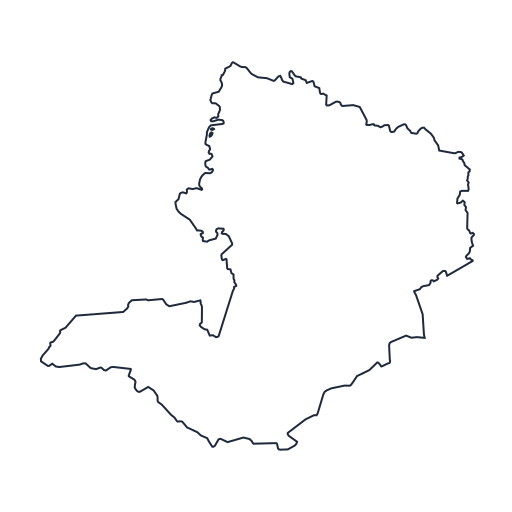 outline of Tyumen', rotated 178°
{"feature_id": "RUS-2398", "entity_name": "Tyumen'", "entity_type": "Region", "adm_level": 1, "iso_a3": "RUS", "parent_name": "Russia", "parent_adm1": "", "projection": "orthographic", "projection_center": [69.281, 57.561], "detail": "fine", "context": "isolated", "style": "outline", "palette": "slate", "viewbox_px": 512, "rotation_deg": 178, "n_neighbors": 0, "source": "natural_earth", "source_scale": "10m", "svg_char_len": 6027}
<svg xmlns="http://www.w3.org/2000/svg" viewBox="0 0 512 512"><g transform="rotate(178 256 256)"><path d="M225.5,435.2L224.6,433.4L223.8,431.0L222.7,429.4L213.8,426.5L212.6,427.6L213.3,431.5L214.0,432.3L216.0,433.5L216.3,436.5L216.2,437.9L215.7,438.9L214.6,439.6L213.5,439.1L211.0,435.1L210.0,434.2L205.0,433.0L204.5,431.7L200.3,430.0L199.2,427.2L193.7,428.9L192.8,428.5L192.4,427.7L191.5,423.6L186.9,421.6L186.4,417.3L185.9,416.0L185.2,415.6L183.2,415.9L179.8,413.9L180.6,404.8L180.0,404.0L177.5,404.0L170.7,407.4L169.3,407.5L167.1,406.8L166.3,406.0L165.9,404.4L165.0,403.2L164.1,402.9L153.6,403.4L147.1,401.3L140.8,388.2L140.6,386.7L141.2,383.5L140.9,383.2L138.5,382.9L134.2,383.7L133.5,383.4L133.3,382.6L132.8,382.3L129.7,381.9L127.1,380.3L125.0,381.0L123.2,382.2L119.6,382.3L118.7,381.8L117.4,375.9L116.1,375.1L113.6,375.5L111.4,378.4L109.3,380.1L103.5,382.5L102.2,382.3L101.6,381.7L100.1,378.2L97.6,375.7L96.5,373.6L91.5,372.6L90.4,373.1L89.4,375.1L86.9,377.6L85.1,378.4L83.6,378.4L82.3,376.8L77.0,372.2L74.2,368.1L73.5,365.3L70.1,360.2L69.2,355.0L54.5,351.8L53.2,351.8L50.3,353.0L47.8,352.8L46.6,352.1L44.9,349.1L47.1,347.7L49.2,347.3L49.3,346.3L46.4,345.3L45.5,342.9L44.6,341.7L44.3,339.5L39.3,335.0L39.6,333.1L40.9,332.1L40.9,329.1L41.6,328.0L41.7,325.8L42.4,324.1L40.9,322.0L41.6,320.1L41.1,315.4L41.8,313.7L48.2,313.9L49.7,313.3L50.2,310.1L52.7,306.3L53.2,301.9L52.7,301.5L49.4,302.3L47.4,304.1L45.7,302.7L45.6,302.2L46.0,299.7L44.4,297.5L44.9,295.2L44.9,294.4L43.1,291.8L43.1,290.9L44.0,276.2L43.5,275.2L42.1,274.1L41.1,271.3L40.4,271.0L38.6,271.6L37.4,270.3L37.5,269.5L40.0,266.9L40.1,265.4L39.8,262.2L38.7,258.7L41.7,256.6L42.0,253.7L42.5,252.3L43.3,251.1L45.6,249.0L46.3,247.8L45.1,245.7L42.3,246.3L41.6,245.2L39.7,244.1L39.6,243.5L65.6,229.6L66.9,233.9L67.3,234.3L68.9,234.6L70.1,234.2L75.3,229.9L75.5,228.8L74.7,227.1L75.8,225.9L79.2,224.5L80.4,225.6L81.7,225.6L82.3,225.1L82.6,222.9L84.1,220.9L89.9,220.0L91.8,219.2L93.4,217.1L99.1,215.4L99.1,214.7L97.4,211.2L91.5,192.0L90.9,171.7L90.3,168.3L98.0,169.3L103.5,168.9L108.8,171.2L124.1,165.3L125.4,164.3L125.9,162.9L126.1,161.3L125.9,147.8L125.6,146.4L126.0,144.9L126.4,144.4L128.3,143.9L134.3,141.2L135.0,141.5L135.4,142.6L137.6,145.2L138.5,145.4L146.7,138.0L159.2,132.5L163.2,126.9L165.6,123.8L166.8,123.1L172.0,123.4L185.4,121.1L189.9,119.3L192.1,117.9L193.5,115.4L199.9,96.5L201.1,94.7L203.5,94.9L212.2,91.0L230.4,78.1L230.6,77.0L229.6,75.2L221.4,68.9L222.3,66.8L223.9,65.2L230.9,61.6L238.7,61.6L240.0,62.0L240.7,63.0L241.5,67.3L242.0,68.1L243.3,68.3L265.0,68.5L265.7,69.1L266.6,71.0L268.8,73.3L274.9,75.0L290.9,71.0L297.7,74.5L298.5,74.4L299.8,74.1L303.7,67.8L305.4,66.8L306.4,67.0L309.7,72.6L311.1,75.6L317.4,78.6L320.7,81.9L330.9,87.1L335.4,92.9L336.7,93.4L340.2,93.3L340.8,93.8L343.2,97.5L346.4,100.2L355.4,110.8L358.9,113.5L359.4,114.7L359.3,118.3L359.5,119.7L363.0,125.2L368.3,128.9L376.9,124.3L378.3,124.4L379.6,125.3L380.6,126.5L381.8,128.8L381.4,132.1L380.8,134.2L381.1,135.4L381.9,136.7L387.3,140.2L387.4,140.7L385.9,144.7L385.0,146.6L385.2,147.5L402.4,150.1L405.0,149.9L410.0,146.8L411.9,147.3L414.2,149.6L415.4,150.0L419.8,148.5L424.6,149.6L425.5,150.1L430.0,154.6L432.6,154.7L436.0,153.6L456.6,151.9L460.0,152.6L463.4,155.5L466.6,153.4L467.8,153.4L474.5,158.2L474.6,160.8L472.7,164.0L466.7,170.4L465.7,172.4L464.7,173.1L464.5,174.1L464.7,175.9L464.4,176.7L462.0,177.3L460.9,178.1L454.9,185.3L454.3,186.5L454.5,187.8L454.1,188.6L448.8,191.0L438.0,202.7L390.7,204.7L386.6,208.1L385.4,210.0L385.6,211.5L384.7,213.5L381.7,216.1L367.4,216.4L365.3,215.5L351.5,216.3L350.5,215.9L347.4,210.9L344.4,208.8L327.4,211.7L323.1,213.0L319.6,212.2L313.2,213.6L312.9,212.6L313.0,210.4L312.1,208.6L311.8,206.5L312.4,192.4L312.7,191.2L314.3,190.1L314.7,188.8L313.5,187.1L310.0,184.6L307.3,184.0L305.0,178.1L301.8,178.3L298.8,176.3L297.2,176.5L296.1,177.3L280.3,222.0L279.0,224.2L279.0,225.8L276.8,226.8L276.9,228.0L278.6,230.6L278.4,232.4L279.2,234.1L279.1,238.3L281.1,239.7L282.0,243.5L284.8,244.0L285.2,244.7L285.6,253.8L286.4,254.1L289.4,253.0L290.0,253.4L290.4,254.9L290.6,257.8L290.3,258.9L279.7,267.9L279.3,268.7L279.6,269.9L282.5,276.7L285.4,279.1L288.5,279.3L289.4,279.8L289.2,281.0L287.5,282.7L287.3,283.7L287.6,284.4L292.7,284.9L294.0,284.4L294.8,283.6L295.1,282.4L295.0,281.5L293.9,280.4L293.7,278.6L295.6,274.8L302.5,273.2L304.3,272.0L308.4,272.8L308.7,273.9L308.4,276.3L309.9,277.3L310.6,279.3L310.4,280.0L308.4,280.6L308.3,281.5L308.4,282.1L309.8,283.2L314.2,283.7L314.7,285.0L320.9,294.6L329.7,300.8L331.9,303.1L333.7,306.0L334.5,310.4L334.6,312.7L331.5,315.5L329.9,320.9L329.1,321.6L326.9,322.2L323.6,321.0L322.8,322.1L322.8,324.8L321.2,326.0L316.9,325.1L313.0,325.9L308.1,324.0L307.5,324.5L307.7,325.5L309.7,327.4L310.3,328.9L310.2,330.8L309.2,334.6L308.1,336.6L307.1,338.0L304.6,340.3L303.7,340.7L299.0,340.3L297.5,341.0L296.2,342.7L296.0,343.6L296.6,344.6L299.6,343.9L301.3,346.1L302.7,346.9L303.3,347.9L303.5,350.7L303.0,352.5L298.9,353.9L296.1,356.8L296.0,357.3L296.8,359.4L297.8,359.9L298.9,359.7L299.7,361.0L299.4,362.5L298.1,364.3L298.9,367.6L301.4,368.7L302.6,369.8L302.6,371.4L300.9,378.7L300.7,381.6L298.4,386.4L296.4,388.2L285.2,389.1L283.8,389.6L283.6,390.6L284.1,392.4L284.9,392.9L288.6,393.6L294.0,392.1L296.1,392.2L296.7,393.4L295.2,395.0L292.8,396.0L290.6,395.4L288.8,396.7L288.8,399.2L287.1,402.6L286.9,403.9L287.0,406.2L287.5,407.1L291.0,410.0L294.3,410.2L295.1,410.9L296.2,413.3L294.6,418.7L293.9,419.9L287.5,421.5L284.7,425.8L284.0,427.3L283.9,428.7L284.4,430.8L285.5,433.0L285.4,434.1L284.1,437.0L284.0,437.9L282.8,438.1L281.0,441.1L280.4,442.4L280.2,444.3L275.8,446.3L274.8,447.0L273.4,449.6L272.6,450.4L271.8,450.3L265.4,446.1L263.7,445.4L260.0,445.1L258.7,444.2L254.9,439.0L253.6,437.8L247.8,434.5L238.8,433.3L232.3,430.4L231.2,430.7L227.4,434.6L225.5,435.2ZM296.3,381.1L297.0,380.8L297.9,379.3L298.3,377.8L298.1,376.9L296.9,377.3L295.6,378.9L295.2,380.4L296.3,381.1ZM294.8,385.2L295.8,385.0L296.7,384.4L296.6,384.0L295.3,383.5L293.5,384.2L293.6,384.6L294.8,385.2Z" fill="none" stroke="#1e293b" stroke-width="2"/></g></svg>